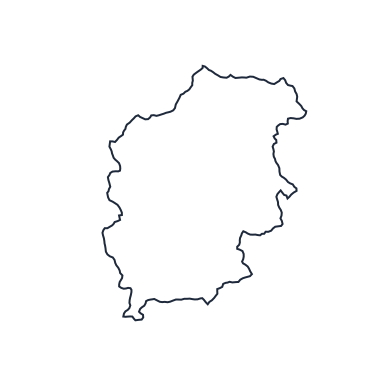 the district of Águas Formosas, Minas Gerais, Brazil, rotated 295°
{"feature_id": "56859067B69093601500808", "entity_name": "Águas Formosas", "entity_type": "district", "adm_level": 2, "iso_a3": "BRA", "parent_name": "Brazil", "parent_adm1": "Minas Gerais", "projection": "orthographic", "projection_center": [-40.979, -17.037], "detail": "fine", "context": "isolated", "style": "outline", "palette": "slate", "viewbox_px": 384, "rotation_deg": 295, "n_neighbors": 0, "source": "geoboundaries", "source_scale": "gbopen_adm2", "svg_char_len": 4336}
<svg xmlns="http://www.w3.org/2000/svg" viewBox="0 0 384 384"><g transform="rotate(295 192 192)"><path d="M310.8,148.4L308.9,149.2L306.8,148.3L304.9,147.2L303.2,146.2L301.4,145.2L299.1,144.0L296.7,143.7L295.0,144.7L293.2,145.7L291.0,146.1L288.9,147.1L286.5,146.6L283.9,146.2L281.7,145.1L280.0,143.6L277.5,142.7L275.3,140.7L272.1,140.8L268.0,140.6L264.5,140.3L260.9,141.1L258.1,140.5L255.7,138.6L254.2,136.8L252.9,135.1L251.1,133.4L249.0,131.1L247.5,129.5L246.0,127.6L245.5,124.9L244.2,122.7L241.9,122.5L239.5,121.4L238.1,118.9L238.1,113.1L238.8,110.8L236.7,108.9L234.0,108.1L232.0,107.3L228.5,106.2L225.6,104.5L223.0,104.5L221.0,105.0L219.0,104.5L216.9,104.4L214.8,105.2L212.8,104.1L210.3,102.6L207.5,102.0L204.8,101.1L204.3,98.7L203.3,96.4L200.7,97.2L198.2,98.0L196.3,100.5L194.9,102.0L193.2,103.2L191.7,104.8L189.9,106.5L188.9,108.7L188.3,110.9L187.3,113.7L185.1,115.9L182.9,117.1L180.9,117.7L179.5,116.4L178.6,114.2L176.9,111.3L174.7,109.9L172.6,110.0L169.9,109.5L167.5,111.2L165.3,113.2L162.2,115.7L159.6,115.5L157.4,116.0L155.4,115.5L153.7,116.7L151.6,118.3L149.7,120.7L149.7,124.2L149.3,127.2L148.9,129.9L147.3,132.8L145.6,135.0L143.7,137.1L141.5,138.2L139.9,135.8L138.2,137.1L136.3,138.6L134.2,136.9L132.1,134.6L129.8,134.4L127.9,133.7L125.9,132.3L123.4,130.6L122.3,128.2L119.9,127.8L117.2,128.1L115.2,129.6L112.7,131.8L110.3,133.4L108.4,134.5L106.8,135.8L104.6,137.3L101.5,139.2L99.7,141.7L99.0,144.7L99.2,147.9L97.7,150.5L95.3,152.4L93.6,154.4L92.2,157.2L90.2,159.7L88.2,161.1L87.0,164.2L84.4,165.0L82.3,164.8L80.0,164.5L77.6,165.0L75.6,165.9L75.2,168.5L75.5,171.0L76.7,173.0L78.1,174.6L78.8,176.9L77.7,178.5L75.7,179.4L72.4,180.2L70.0,180.6L67.6,181.2L65.0,182.2L63.2,184.0L60.3,184.3L58.0,183.6L55.7,182.1L53.1,181.7L50.1,182.4L50.8,184.5L51.8,186.2L53.1,188.6L53.9,190.6L52.6,192.9L51.8,194.9L53.6,197.7L55.1,200.3L57.7,200.8L60.0,199.5L60.3,196.8L61.1,194.6L64.1,194.4L66.3,195.3L68.8,196.8L71.5,197.0L73.7,196.5L75.5,197.9L76.8,199.6L77.9,201.3L79.1,203.0L79.0,205.8L78.9,209.2L79.6,211.5L80.9,213.7L81.8,216.5L83.4,218.6L85.4,220.5L87.7,222.8L88.8,225.2L89.9,227.8L91.9,230.1L93.3,233.0L94.4,235.0L95.1,237.7L95.8,239.9L97.1,242.4L99.1,244.6L100.1,246.2L99.3,248.4L97.9,251.1L96.9,253.7L99.7,254.2L102.3,255.8L105.5,256.9L107.6,257.3L110.5,258.0L112.8,256.8L114.7,255.9L116.6,257.8L118.8,259.5L121.9,259.1L123.9,260.9L125.0,262.6L126.5,264.0L127.1,266.8L128.7,269.5L130.1,272.1L132.9,272.8L135.3,274.5L137.0,276.3L138.6,278.2L140.2,280.1L142.9,281.0L144.7,278.3L146.6,276.1L148.0,274.0L148.7,271.0L148.9,268.4L150.1,266.8L152.7,266.8L155.2,266.2L157.7,265.0L159.8,262.7L159.9,259.6L159.6,257.0L161.5,256.1L164.1,257.1L166.5,256.7L168.4,255.7L170.6,255.0L173.6,255.0L175.5,254.7L178.1,255.1L178.2,257.9L177.9,259.9L178.0,262.7L178.9,264.9L180.2,267.4L180.8,269.9L181.5,272.0L183.6,273.0L184.7,275.1L187.1,275.5L188.2,278.0L190.4,280.1L193.2,280.8L195.7,282.1L197.5,284.9L198.9,287.1L201.3,287.6L203.8,285.6L205.5,283.3L208.4,283.1L211.2,282.1L213.2,280.1L214.8,277.6L216.7,275.5L219.2,274.2L221.6,272.0L223.3,270.5L226.1,270.3L228.4,270.9L230.9,271.7L229.5,274.3L228.3,276.7L228.7,279.1L226.5,281.3L228.8,282.3L231.6,283.0L234.5,284.4L237.2,286.3L239.4,285.1L239.9,282.6L241.5,280.1L241.3,277.3L241.6,274.8L243.0,272.0L243.7,269.2L243.9,266.9L244.7,264.7L247.4,262.7L250.5,261.1L252.8,258.6L254.2,256.0L255.4,254.5L257.0,253.3L258.6,251.2L260.9,249.7L263.3,249.1L265.2,247.7L267.2,245.9L270.1,245.9L272.4,247.7L274.8,246.3L275.4,244.4L277.0,242.4L279.5,243.8L281.0,245.2L282.6,243.9L284.5,242.2L286.8,241.3L288.7,242.0L290.8,243.2L292.1,245.5L292.6,248.3L294.5,249.9L296.7,248.7L299.0,248.0L300.7,250.1L301.7,252.9L302.4,255.7L303.9,258.5L306.4,260.8L308.8,261.8L311.1,262.0L313.5,261.4L313.6,259.0L314.5,256.8L316.1,254.7L317.1,252.2L318.3,248.5L320.8,247.7L322.8,247.1L325.0,245.4L326.7,243.0L329.1,241.0L330.5,238.3L330.0,236.3L329.5,233.8L330.7,231.2L332.7,229.2L333.9,226.7L331.8,224.5L329.6,224.2L327.1,222.5L324.6,220.9L323.8,218.1L323.6,214.8L324.1,211.9L324.0,209.5L323.1,207.6L322.5,205.5L322.4,202.5L322.3,198.8L321.1,195.7L318.6,193.0L317.8,190.8L316.9,188.7L315.2,185.8L313.7,183.2L313.8,180.3L314.4,177.4L312.2,176.6L310.2,175.1L309.1,172.1L308.3,169.2L308.7,166.1L308.9,163.1L309.5,160.6L309.9,157.9L309.7,155.8L310.5,153.5L311.2,150.7L310.8,148.4Z" fill="none" stroke="#1e293b" stroke-width="2"/></g></svg>